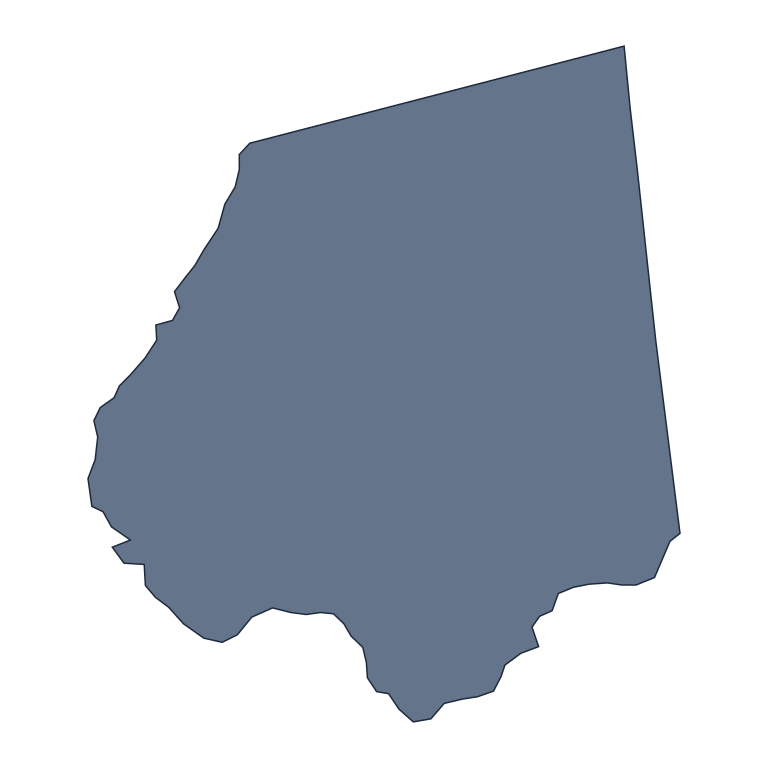 Damião, Paraíba, Brazil
{"feature_id": "56859067B20936689760116", "entity_name": "Damião", "entity_type": "district", "adm_level": 2, "iso_a3": "BRA", "parent_name": "Brazil", "parent_adm1": "Paraíba", "projection": "mercator", "projection_center": [-35.949, -6.643], "detail": "fine", "context": "isolated", "style": "filled", "palette": "slate", "viewbox_px": 768, "rotation_deg": 0, "n_neighbors": 0, "source": "geoboundaries", "source_scale": "gbopen_adm2", "svg_char_len": 1085}
<svg xmlns="http://www.w3.org/2000/svg" viewBox="0 0 768 768"><path d="M430.9,718.8L444.2,703.4L462.3,699.1L477.6,696.7L493.5,691.1L501.1,676.4L504.9,665.1L520.8,653.3L538.6,646.6L532.0,627.1L539.6,616.3L552.1,610.7L558.3,593.5L573.3,587.3L588.9,584.2L607.3,582.9L621.8,585.0L636.1,585.0L654.5,577.5L662.9,557.8L670.0,541.3L680.0,533.4L655.7,340.2L637.4,170.6L630.2,108.7L624.1,46.1L249.8,143.2L239.3,154.5L239.3,169.6L235.2,186.8L224.8,204.3L218.2,228.2L203.9,249.8L194.7,265.7L186.3,276.2L174.5,291.6L179.6,307.8L172.5,320.4L155.9,325.0L156.7,340.2L144.9,358.2L130.6,374.6L119.4,385.9L114.1,397.7L100.3,407.5L93.9,420.6L97.7,437.0L95.2,459.6L88.0,478.6L90.1,493.8L91.9,506.4L103.1,511.8L111.5,526.9L130.4,540.0L112.3,547.2L124.0,563.2L144.2,564.4L145.4,585.5L155.4,597.3L168.7,607.3L183.5,623.8L203.9,638.2L222.2,642.3L237.3,634.8L251.8,617.1L272.5,607.9L290.9,612.5L306.2,614.5L320.5,612.5L333.5,613.8L343.9,623.8L351.1,636.1L362.8,647.4L366.4,662.6L367.4,677.7L376.6,691.6L388.6,693.7L399.1,709.3L413.3,721.9L430.9,718.8Z" fill="#64748b" stroke="#1e293b" stroke-width="1.5"/></svg>